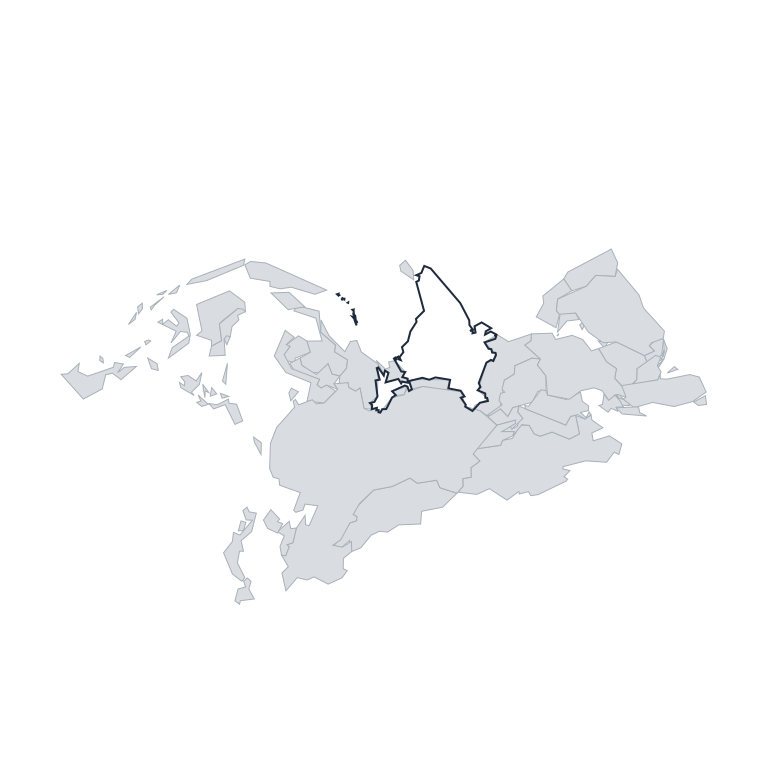 India highlighted on a map of Asia, rotated 159°
{"feature_id": "IND", "entity_name": "India", "entity_type": "country or territory", "adm_level": 0, "iso_a3": "IND", "parent_name": "Asia", "parent_adm1": "", "projection": "albers", "projection_center": [83.514, 21.122], "detail": "medium", "context": "in_parent", "style": "outline", "palette": "slate", "viewbox_px": 768, "rotation_deg": 159, "n_neighbors": 45, "source": "natural_earth", "source_scale": "50m", "svg_char_len": 14361}
<svg xmlns="http://www.w3.org/2000/svg" viewBox="0 0 768 768"><g transform="rotate(159 384 384)"><path d="M353.5,256.4L346.9,260.2L344.4,267.4L336.0,265.8L332.9,274.7L322.2,277.7L325.9,286.7L323.2,290.9L297.0,285.0L293.6,288.9L283.6,287.2L271.5,296.8L263.3,293.4L261.6,283.6L256.8,279.3L244.3,278.9L230.8,266.2L219.4,267.4L216.4,286.1L209.1,279.4L201.8,280.9L202.8,275.8L195.3,264.7L207.5,263.8L209.0,256.0L192.1,254.8L183.4,242.8L190.0,234.1L193.6,237.8L204.2,231.2L223.3,240.0L246.3,242.7L247.6,240.7L241.5,236.6L249.1,232.9L246.7,229.4L248.7,228.1L279.8,225.5L286.9,227.1L287.8,231.8L297.1,232.8L296.6,235.3L310.8,231.5L323.1,248.5L336.9,247.7L353.5,256.4Z" fill="#d9dde1" stroke="#a8b0b8" stroke-width="1"/><path d="M216.4,286.1L219.4,267.4L230.8,266.2L244.3,278.9L256.8,279.3L261.6,283.6L263.3,293.4L269.8,296.7L282.4,289.4L279.7,293.0L291.1,297.3L285.2,300.7L280.0,299.9L280.6,296.1L274.6,296.8L270.5,302.7L266.8,302.1L269.2,310.0L266.1,315.2L229.1,280.6L221.3,286.9L216.4,286.1Z" fill="#d9dde1" stroke="#a8b0b8" stroke-width="1"/><path d="M670.1,477.7L681.9,508.8L675.4,506.8L661.1,512.5L665.3,505.2L657.8,497.5L630.6,496.6L627.7,500.6L620.1,496.0L628.7,490.0L620.5,492.6L608.9,489.1L628.0,482.3L633.7,491.4L640.5,492.4L648.8,480.4L670.1,477.7ZM588.0,537.4L586.4,544.2L580.7,546.1L582.6,540.8L588.0,537.4ZM639.1,511.9L637.3,508.5L638.4,504.3L640.9,507.7L639.1,511.9ZM531.5,481.1L529.4,486.6L541.5,496.7L534.9,498.8L530.5,525.4L494.9,526.3L484.7,510.2L487.4,501.2L493.4,506.8L511.7,501.1L516.1,499.1L520.1,482.6L531.5,481.1ZM597.7,505.7L611.9,500.0L615.1,503.2L597.7,505.7ZM592.3,509.4L588.1,509.5L586.4,507.7L592.2,505.9L592.3,509.4ZM589.9,477.5L595.6,481.6L595.3,492.9L588.6,484.3L589.9,477.5ZM551.7,492.1L576.0,485.4L568.8,493.8L549.0,498.6L549.1,502.7L555.3,506.0L568.0,498.7L559.1,507.8L572.9,522.7L567.5,523.8L569.3,519.0L562.3,521.3L556.9,512.2L553.5,514.6L557.2,527.5L553.7,529.1L544.4,516.0L547.1,499.5L551.7,492.1ZM564.3,548.7L553.1,549.2L558.4,547.0L564.3,548.7ZM558.0,544.3L569.9,539.7L574.8,536.6L574.6,539.5L558.0,544.3ZM545.1,543.5L553.1,544.9L539.2,549.6L545.1,543.5ZM472.6,545.2L512.5,544.1L532.3,547.6L525.9,550.8L469.2,550.5L472.6,545.2ZM453.7,520.6L470.9,530.7L471.2,545.2L464.6,546.2L450.9,539.3L403.9,492.2L416.3,492.5L435.9,507.6L446.9,510.1L455.5,516.0L453.7,520.6Z" fill="#d9dde1" stroke="#a8b0b8" stroke-width="1"/><path d="M589.3,539.6L593.2,533.6L601.3,531.2L589.3,539.6Z" fill="#d9dde1" stroke="#a8b0b8" stroke-width="1"/><path d="M117.2,306.9L111.1,313.2L107.0,325.6L106.9,315.6L113.7,307.0L117.2,306.9Z" fill="#d9dde1" stroke="#a8b0b8" stroke-width="1"/><path d="M122.2,303.1L113.8,306.9L122.1,300.9L122.2,303.1Z" fill="#d9dde1" stroke="#a8b0b8" stroke-width="1"/><path d="M114.6,311.2L110.1,315.8L113.2,310.0L114.6,311.2Z" fill="#d9dde1" stroke="#a8b0b8" stroke-width="1"/><path d="M114.6,311.2L130.7,310.3L130.7,317.3L119.8,317.9L122.8,324.5L111.8,328.9L107.0,325.6L114.6,311.2Z" fill="#d9dde1" stroke="#a8b0b8" stroke-width="1"/><path d="M178.9,374.3L190.7,377.3L203.3,370.4L194.0,387.2L179.6,381.6L178.9,374.3Z" fill="#d9dde1" stroke="#a8b0b8" stroke-width="1"/><path d="M175.7,370.7L176.2,366.7L179.5,363.7L180.1,369.0L175.7,370.7Z" fill="#d9dde1" stroke="#a8b0b8" stroke-width="1"/><path d="M165.2,338.1L168.6,347.5L160.6,342.5L165.2,338.1Z" fill="#d9dde1" stroke="#a8b0b8" stroke-width="1"/><path d="M130.7,317.3L130.7,310.3L142.2,307.6L146.2,297.7L154.2,294.1L162.7,297.4L166.6,306.7L161.5,315.0L168.4,325.1L171.0,340.2L152.0,340.0L130.7,317.3Z" fill="#d9dde1" stroke="#a8b0b8" stroke-width="1"/><path d="M195.2,386.2L203.2,374.9L217.8,392.1L206.0,402.1L204.2,409.2L178.4,417.7L175.2,403.7L191.5,401.0L196.8,390.5L195.2,386.2ZM204.9,367.3L202.7,368.4L204.4,366.8L204.9,367.3Z" fill="#d9dde1" stroke="#a8b0b8" stroke-width="1"/><path d="M440.5,451.6L441.3,440.1L457.7,439.9L459.6,435.7L466.4,440.6L466.7,447.3L458.3,452.8L461.1,455.8L446.5,459.6L440.5,451.6Z" fill="#d9dde1" stroke="#a8b0b8" stroke-width="1"/><path d="M453.1,438.3L441.3,440.1L440.5,451.6L426.4,446.4L424.0,469.8L441.9,484.6L436.7,488.0L418.5,475.3L424.5,455.0L415.3,437.8L418.5,431.6L409.4,419.6L413.3,412.1L422.4,407.2L429.0,411.9L429.0,423.0L439.6,417.2L448.1,421.1L454.0,430.8L453.1,438.3Z" fill="#d9dde1" stroke="#a8b0b8" stroke-width="1"/><path d="M464.6,437.1L453.1,438.3L454.0,430.8L443.6,417.1L429.0,423.0L429.0,411.9L422.4,407.2L430.6,402.1L429.1,395.7L438.0,403.5L444.2,402.8L446.8,407.4L442.5,411.4L462.8,427.7L464.6,437.1Z" fill="#d9dde1" stroke="#a8b0b8" stroke-width="1"/><path d="M422.4,407.2L413.3,412.1L409.4,419.6L418.5,431.6L415.3,437.8L424.5,455.0L419.9,466.4L418.0,448.8L409.0,428.2L400.1,435.7L393.8,434.4L393.7,422.1L382.2,404.4L394.5,374.9L404.1,371.3L404.4,364.7L411.4,368.3L407.9,388.9L413.1,387.5L418.1,393.3L417.1,398.1L426.8,398.6L422.4,407.2Z" fill="#d9dde1" stroke="#a8b0b8" stroke-width="1"/><path d="M451.1,459.8L461.1,455.8L458.3,452.8L466.7,447.3L464.7,431.4L442.5,411.4L446.8,407.4L444.2,402.8L438.0,403.5L431.6,394.6L446.8,387.7L461.9,395.7L451.7,411.4L471.5,429.9L476.4,449.5L457.0,469.5L451.1,459.8Z" fill="#d9dde1" stroke="#a8b0b8" stroke-width="1"/><path d="M541.0,260.9L539.3,269.6L531.6,278.0L536.5,284.3L521.7,289.8L522.9,282.4L517.3,280.9L520.0,276.7L525.9,268.3L532.1,268.5L530.7,266.0L537.4,258.7L541.0,260.9Z" fill="#d9dde1" stroke="#a8b0b8" stroke-width="1"/><path d="M528.6,290.0L536.8,282.9L544.4,290.9L545.3,300.2L534.7,307.2L529.8,295.3L532.8,293.6L528.6,290.0Z" fill="#d9dde1" stroke="#a8b0b8" stroke-width="1"/><path d="M355.1,255.9L373.4,248.0L394.5,251.7L400.0,240.2L420.7,247.2L433.8,244.5L441.0,248.2L450.1,247.5L464.3,239.4L474.1,239.2L472.3,250.3L481.6,246.7L489.7,250.0L465.6,266.5L458.6,266.2L456.9,269.9L459.6,273.1L454.3,278.6L431.7,288.7L413.1,285.4L393.5,286.9L388.4,279.4L369.3,275.3L369.0,267.2L355.1,255.9Z" fill="#d9dde1" stroke="#a8b0b8" stroke-width="1"/><path d="M380.7,392.4L382.8,408.9L377.3,397.4L372.7,397.4L371.8,402.9L365.4,401.9L360.2,388.3L364.3,384.0L360.6,381.2L362.3,377.3L369.2,383.7L381.5,384.7L375.8,393.3L378.7,396.1L380.7,392.4Z" fill="#d9dde1" stroke="#a8b0b8" stroke-width="1"/><path d="M377.3,369.3L379.2,374.4L363.5,373.6L369.0,366.7L377.3,369.3Z" fill="#d9dde1" stroke="#a8b0b8" stroke-width="1"/><path d="M359.9,369.4L359.8,377.6L355.7,377.8L320.9,364.4L327.9,355.4L348.6,367.8L359.9,369.4Z" fill="#d9dde1" stroke="#a8b0b8" stroke-width="1"/><path d="M311.3,327.1L306.6,331.5L292.1,332.6L298.5,344.3L280.3,367.4L274.7,366.6L268.9,372.0L275.2,387.0L260.6,389.5L252.6,378.9L228.4,377.9L231.1,371.7L238.5,369.8L229.0,351.2L236.6,355.1L255.2,354.1L258.8,346.6L270.3,344.4L284.1,320.1L299.4,317.7L303.8,324.6L311.3,327.1Z" fill="#d9dde1" stroke="#a8b0b8" stroke-width="1"/><path d="M252.1,313.9L272.3,315.7L280.2,309.2L284.2,318.9L290.9,315.3L299.4,317.7L281.2,322.3L282.5,327.4L278.6,333.5L274.2,333.0L275.7,336.7L270.3,344.4L258.8,346.6L255.2,354.1L236.6,355.1L229.0,351.2L234.0,346.8L229.9,333.7L235.1,319.7L243.0,322.1L252.1,313.9Z" fill="#d9dde1" stroke="#a8b0b8" stroke-width="1"/><path d="M266.1,315.2L269.2,310.0L266.8,302.1L280.6,296.1L281.8,299.9L274.6,303.2L293.4,305.1L298.7,316.1L284.2,318.9L280.2,309.2L272.3,315.7L266.1,315.2Z" fill="#d9dde1" stroke="#a8b0b8" stroke-width="1"/><path d="M282.4,289.4L293.6,288.9L297.0,285.0L323.2,290.9L293.4,305.1L274.6,303.2L275.3,300.1L291.1,297.3L279.7,293.0L282.4,289.4Z" fill="#d9dde1" stroke="#a8b0b8" stroke-width="1"/><path d="M201.8,280.9L209.1,279.4L214.1,286.0L221.3,286.9L229.1,280.6L260.8,310.1L260.3,313.4L257.0,311.4L239.4,322.3L235.1,319.7L235.3,315.1L219.5,304.3L203.5,306.0L205.0,296.7L200.9,290.1L202.7,285.9L210.7,287.0L207.4,280.2L202.5,284.5L201.8,280.9Z" fill="#d9dde1" stroke="#a8b0b8" stroke-width="1"/><path d="M171.0,340.2L168.4,325.1L161.5,315.0L166.6,306.7L161.3,292.6L162.7,285.0L170.7,290.7L180.1,288.2L182.8,299.8L189.4,305.1L202.8,307.2L216.4,303.3L235.3,315.1L229.9,333.7L234.0,346.8L229.0,351.2L238.5,369.8L231.1,371.7L228.4,377.9L208.8,371.2L207.9,364.1L190.9,362.0L182.6,354.3L178.5,340.5L171.0,340.2Z" fill="#d9dde1" stroke="#a8b0b8" stroke-width="1"/><path d="M115.9,309.8L122.2,303.1L121.0,295.9L126.9,289.7L152.1,294.4L146.2,297.7L142.2,307.6L120.3,313.4L115.9,309.8Z" fill="#d9dde1" stroke="#a8b0b8" stroke-width="1"/><path d="M172.4,290.9L161.8,280.2L162.6,275.9L170.7,279.4L172.4,290.9Z" fill="#d9dde1" stroke="#a8b0b8" stroke-width="1"/><path d="M162.7,297.4L126.9,289.7L122.7,294.1L124.1,289.8L118.0,287.1L95.1,283.2L87.2,277.5L86.1,261.1L102.1,257.0L121.2,259.0L140.0,270.6L159.1,272.3L166.1,284.2L162.7,285.0L162.7,297.4ZM90.2,249.3L98.3,251.3L101.2,256.2L88.1,257.9L90.2,249.3Z" fill="#d9dde1" stroke="#a8b0b8" stroke-width="1"/><path d="M327.8,483.4L326.9,489.1L319.6,491.8L316.2,479.5L318.9,470.6L327.8,483.4Z" fill="#d9dde1" stroke="#a8b0b8" stroke-width="1"/><path d="M472.0,413.2L466.7,407.4L477.0,401.7L476.0,409.8L472.0,413.2ZM293.4,305.1L325.9,286.7L322.2,277.7L332.9,274.7L336.0,265.8L344.4,267.4L346.9,260.2L355.1,255.9L369.0,267.2L369.3,275.3L388.4,279.4L393.5,286.9L413.1,285.4L431.7,288.7L449.6,281.2L459.6,273.1L456.9,269.9L458.6,266.2L465.6,266.5L480.3,254.0L489.6,251.8L481.6,246.7L470.9,248.6L474.1,239.2L484.4,235.8L488.3,226.1L485.2,223.0L492.6,218.1L507.9,217.2L518.5,229.0L525.8,228.5L534.5,234.3L549.7,226.0L547.0,244.2L538.8,247.7L541.0,260.9L537.4,258.7L530.7,266.0L532.1,268.5L525.9,268.3L517.3,280.9L504.7,289.7L507.6,280.7L504.7,278.5L489.4,294.0L500.8,300.2L504.9,295.3L512.2,295.8L513.6,298.4L501.1,312.6L517.7,326.9L516.0,333.1L520.9,336.7L521.1,345.9L511.3,369.3L499.8,381.9L475.7,394.4L475.0,400.5L472.3,401.3L471.1,395.2L456.6,395.0L454.2,389.8L446.8,387.7L429.1,395.7L430.6,402.1L417.1,398.1L418.1,393.3L413.1,387.5L407.9,388.9L411.4,368.3L407.2,364.0L399.1,364.3L398.1,358.5L381.2,368.4L369.0,366.7L363.3,372.5L362.8,368.1L348.6,367.8L314.8,349.1L316.0,333.7L303.8,324.6L293.4,305.1Z" fill="#d9dde1" stroke="#a8b0b8" stroke-width="1"/><path d="M524.1,362.1L525.8,376.1L524.8,381.1L519.6,373.2L524.1,362.1Z" fill="#d9dde1" stroke="#a8b0b8" stroke-width="1"/><path d="M175.6,274.9L180.9,279.9L184.9,277.3L191.0,286.9L187.4,286.6L182.3,295.6L180.1,288.2L172.4,290.9L169.8,284.1L168.7,276.6L175.1,279.1L175.6,274.9ZM170.7,290.7L167.9,289.3L166.1,284.2L169.9,286.5L170.7,290.7Z" fill="#d9dde1" stroke="#a8b0b8" stroke-width="1"/><path d="M150.3,260.0L172.4,270.7L175.8,278.6L154.5,271.4L155.6,265.7L150.3,260.0Z" fill="#d9dde1" stroke="#a8b0b8" stroke-width="1"/><path d="M540.0,433.8L533.5,428.1L540.3,428.8L540.0,433.8ZM553.4,448.7L550.6,438.8L553.5,441.5L556.1,435.4L553.4,448.7ZM565.3,441.4L575.0,453.4L574.4,458.7L571.0,453.9L569.2,457.3L571.1,463.6L563.9,462.2L558.3,454.2L550.0,459.9L556.5,449.8L566.7,445.4L565.3,441.4ZM533.7,444.7L522.8,459.4L531.8,440.5L533.7,444.7ZM537.6,399.7L539.7,421.7L552.0,421.8L554.3,428.4L547.0,424.4L534.6,425.6L535.6,421.6L528.9,418.0L529.1,400.2L537.6,399.7ZM546.2,442.4L543.7,434.7L550.6,434.8L546.2,442.4ZM562.3,428.4L565.4,434.0L561.0,433.7L561.5,440.3L555.3,428.0L562.3,428.4Z" fill="#d9dde1" stroke="#a8b0b8" stroke-width="1"/><path d="M430.3,484.5L446.9,487.8L456.9,509.5L439.8,503.6L430.3,484.5ZM531.5,481.1L520.1,482.6L516.1,499.1L493.4,506.8L489.0,504.5L487.4,501.2L496.1,500.5L496.5,495.9L505.3,492.1L510.6,483.3L517.2,483.1L522.0,467.7L537.2,472.8L531.5,481.1Z" fill="#d9dde1" stroke="#a8b0b8" stroke-width="1"/><path d="M516.6,477.0L517.2,483.1L513.7,485.5L510.6,483.3L516.6,477.0Z" fill="#d9dde1" stroke="#a8b0b8" stroke-width="1"/><path d="M593.6,260.8L594.3,283.9L582.0,291.3L577.7,299.4L572.6,294.6L555.6,304.0L561.4,306.5L561.1,316.4L556.0,318.1L555.7,313.0L549.5,309.2L560.4,293.7L573.6,288.9L575.1,278.2L578.8,279.7L585.0,269.5L583.3,253.3L587.4,250.8L593.6,260.8ZM595.8,233.2L597.8,230.1L600.9,235.0L593.7,244.9L586.0,244.1L585.7,250.3L581.2,252.0L578.8,247.4L583.7,241.0L582.2,229.8L595.8,233.2ZM562.5,304.3L567.8,297.5L572.6,299.1L566.6,307.4L562.5,304.3Z" fill="#d9dde1" stroke="#a8b0b8" stroke-width="1"/><path d="M175.2,403.7L178.4,417.7L172.4,422.6L123.4,428.5L122.4,413.4L129.7,401.6L147.3,409.5L160.1,402.8L175.2,403.7Z" fill="#d9dde1" stroke="#a8b0b8" stroke-width="1"/><path d="M106.9,326.5L119.7,326.6L122.8,324.5L119.8,317.9L130.7,317.3L152.0,340.0L164.7,344.0L174.7,359.5L179.6,381.6L195.2,386.2L196.8,390.5L191.5,401.0L160.1,402.8L147.3,409.5L129.7,401.6L124.9,407.5L114.0,375.7L114.5,361.9L103.3,332.9L106.9,326.5Z" fill="#d9dde1" stroke="#a8b0b8" stroke-width="1"/><path d="M115.6,292.7L106.7,296.2L104.5,292.4L115.6,292.7Z" fill="#d9dde1" stroke="#a8b0b8" stroke-width="1"/><path d="M260.8,390.1L263.9,386.3L275.2,386.8L273.8,379.5L271.3,378.0L271.8,374.6L268.7,373.1L269.1,370.9L273.7,366.3L275.5,368.2L280.8,367.2L295.2,350.9L295.0,346.6L298.8,344.6L292.9,338.9L294.3,334.8L292.7,334.0L293.1,330.9L301.2,332.1L311.1,327.1L316.3,333.8L315.1,335.3L317.2,343.7L313.3,343.5L314.8,350.2L325.4,356.8L320.8,364.2L333.6,371.7L340.2,371.8L345.9,376.0L359.5,377.8L359.9,369.0L363.2,368.5L363.0,373.2L365.1,375.1L379.0,374.3L377.0,369.4L381.4,368.4L390.9,359.8L394.7,361.1L397.7,358.6L399.3,359.6L398.4,361.5L400.6,362.2L399.3,364.3L404.4,364.9L402.6,368.6L403.9,371.2L399.4,370.7L394.5,374.8L390.6,390.4L386.5,389.6L385.1,401.4L383.4,401.5L381.2,392.0L378.3,396.2L375.8,392.9L381.9,384.9L368.8,383.6L367.8,378.4L366.3,379.7L361.3,376.7L360.0,380.5L364.4,383.9L359.9,387.6L363.4,389.5L365.6,404.2L364.0,404.6L363.4,401.6L363.2,404.2L360.9,404.4L361.2,401.6L359.8,400.3L360.0,403.4L354.5,406.8L354.0,412.0L346.4,415.3L340.5,423.6L331.4,430.3L330.8,433.3L320.4,437.9L317.3,467.8L314.4,468.1L312.2,471.9L314.8,474.0L309.3,474.3L304.1,479.8L299.0,475.1L283.8,432.2L281.6,413.0L283.1,408.4L281.9,403.9L284.6,402.4L281.7,402.5L283.2,399.6L280.1,399.2L278.8,405.4L270.8,406.5L263.9,397.7L270.1,396.7L271.9,393.9L265.5,394.7L261.7,390.3L263.7,388.9L260.8,390.1ZM387.5,459.9L386.4,458.1L388.7,448.6L388.6,454.3L387.5,459.9ZM395.7,484.6L394.1,484.5L395.0,483.2L395.7,484.6ZM386.9,464.6L385.7,464.4L386.5,463.5L386.9,464.6ZM392.2,479.1L392.2,479.9L392.0,479.2L392.2,479.1ZM393.0,478.0L392.8,479.0L392.8,477.9L393.0,478.0ZM394.2,482.3L393.9,483.1L393.7,482.8L394.2,482.3ZM388.7,472.9L388.2,473.0L388.4,472.6L388.7,472.9ZM387.3,460.3L386.8,460.8L387.0,460.1L387.3,460.3ZM388.9,457.0L389.2,457.8L388.6,457.3L388.9,457.0ZM390.8,477.9L390.4,477.8L390.6,477.4L390.8,477.9ZM387.1,452.1L386.9,452.9L387.0,452.0L387.1,452.1Z" fill="none" stroke="#1e293b" stroke-width="2"/></g></svg>